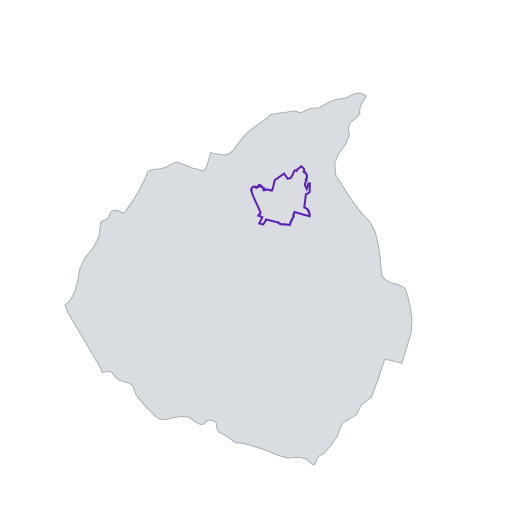 Lupane, Matabeleland North, Zimbabwe (highlighted), rotated 106°
{"feature_id": "62879985B9904230629136", "entity_name": "Lupane", "entity_type": "district", "adm_level": 2, "iso_a3": "ZWE", "parent_name": "Zimbabwe", "parent_adm1": "Matabeleland North", "projection": "orthographic", "projection_center": [27.928, -18.869], "detail": "fine", "context": "in_parent", "style": "outline", "palette": "violet", "viewbox_px": 512, "rotation_deg": 106, "n_neighbors": 0, "source": "geoboundaries", "source_scale": "gbopen_adm2", "svg_char_len": 6863}
<svg xmlns="http://www.w3.org/2000/svg" viewBox="0 0 512 512"><g transform="rotate(106 256 256)"><path d="M355.7,426.2L351.5,423.2L345.8,421.3L338.5,420.3L329.0,420.5L317.3,421.9L304.8,419.8L291.5,414.3L280.4,412.3L267.1,414.5L266.5,414.5L264.2,412.7L260.6,408.7L254.6,408.0L252.9,407.1L251.6,405.6L250.7,403.8L250.4,401.7L251.4,395.2L250.9,394.5L249.2,393.7L245.9,392.9L237.9,390.0L227.9,387.1L211.5,383.9L205.2,383.1L203.7,382.2L201.8,379.8L198.7,372.4L195.7,367.5L188.7,359.9L187.5,357.6L187.9,351.6L188.4,346.7L189.2,342.6L188.8,338.8L188.7,334.0L188.9,330.8L188.0,329.4L185.4,328.4L178.1,328.0L169.2,328.2L168.9,323.4L168.0,315.8L166.3,311.5L164.3,309.3L160.2,306.9L151.9,303.8L140.6,298.9L130.9,291.8L119.8,282.9L116.3,281.3L112.2,272.9L105.8,258.5L106.1,253.7L105.2,251.3L99.0,244.3L97.7,240.6L96.5,236.9L86.7,226.6L83.4,222.1L80.8,216.3L78.3,211.6L76.1,209.8L73.3,206.7L71.4,203.1L70.4,200.4L71.1,196.7L72.0,194.2L81.3,196.7L86.3,196.8L90.2,195.5L95.1,197.2L101.0,201.8L107.3,202.6L114.2,199.6L123.4,200.4L135.1,205.0L144.8,205.9L156.3,201.7L166.5,190.1L176.2,179.1L185.7,166.6L191.4,156.4L199.9,148.2L211.0,141.9L222.4,136.5L239.8,130.0L243.3,124.6L244.5,118.7L244.5,110.5L245.4,105.1L247.2,102.7L250.1,100.8L253.9,98.4L265.4,92.2L275.1,88.3L286.8,85.8L299.6,85.9L312.0,86.1L319.0,86.1L319.1,94.0L319.5,103.0L320.8,103.8L330.1,104.2L345.0,105.0L359.3,105.9L368.4,112.5L371.4,114.0L380.9,115.9L392.9,126.9L407.4,128.3L417.4,131.9L426.1,135.8L431.1,140.4L434.3,141.5L438.8,141.9L440.9,142.4L440.4,145.6L437.3,150.9L437.5,158.6L441.3,169.5L441.6,178.8L439.9,195.3L439.5,211.2L439.8,216.9L440.3,220.7L441.1,222.8L440.9,225.2L438.3,231.8L436.2,238.8L436.0,241.6L435.2,243.5L433.8,245.3L427.4,248.3L426.3,250.3L426.2,254.0L426.9,257.0L429.2,258.2L432.0,260.0L433.1,262.4L433.0,264.8L432.0,269.2L429.2,276.6L431.5,285.1L434.2,290.7L437.8,297.2L439.3,301.2L439.2,304.0L438.5,306.8L432.4,318.3L428.0,325.4L422.7,333.0L415.8,337.7L414.0,340.0L413.3,342.7L413.3,348.5L412.9,354.6L406.9,363.8L410.2,371.9L409.4,372.7L407.4,373.8L398.9,382.6L390.4,391.6L384.1,398.1L377.0,405.6L369.1,414.0L362.3,421.1L355.7,426.2Z" fill="#d9dde1" stroke="#a8b0b8" stroke-width="1"/><path d="M166.0,228.8L165.6,228.9L165.1,229.2L164.6,229.4L164.4,229.3L164.2,229.3L163.9,229.9L163.4,230.2L163.3,230.3L163.2,230.5L163.0,230.9L162.5,231.2L162.5,231.3L162.5,231.5L162.4,231.8L162.2,231.8L161.9,232.0L161.9,232.4L162.0,232.7L162.2,232.9L162.1,233.0L161.9,233.4L161.7,233.3L161.3,233.4L161.1,233.2L160.9,233.4L160.7,233.3L160.4,233.3L159.0,233.8L157.2,237.2L162.2,240.6L163.0,240.5L162.8,242.0L164.2,242.8L167.1,243.0L169.3,243.6L171.5,244.2L173.0,246.9L169.0,251.7L177.8,258.8L180.5,258.8L183.5,258.6L189.3,258.5L189.0,258.6L189.0,258.8L188.9,258.9L188.7,258.9L188.7,259.2L188.5,258.9L188.2,258.9L188.0,259.0L188.6,259.6L188.7,259.8L188.7,260.1L189.0,260.4L189.1,261.2L189.1,261.5L188.7,261.9L188.7,262.0L188.8,262.1L189.0,262.1L189.0,262.3L188.8,262.5L189.0,262.9L189.0,263.2L189.1,264.0L189.5,264.3L189.6,264.5L189.5,264.8L189.5,265.0L189.9,265.1L190.0,265.2L190.0,265.6L190.4,266.0L190.5,266.2L190.5,266.4L190.8,266.5L190.8,266.8L190.7,267.0L190.2,266.7L189.9,266.7L189.7,266.7L189.3,266.8L189.2,266.5L188.7,266.7L188.7,266.9L188.9,267.4L188.9,267.7L188.9,267.9L188.6,268.3L188.4,268.1L188.2,268.5L188.3,268.8L188.1,268.9L188.0,269.0L188.0,269.5L188.0,269.9L187.9,269.8L187.7,269.6L187.4,269.7L187.4,269.9L187.4,270.1L187.5,270.1L187.8,270.0L187.7,270.4L187.4,270.4L187.4,270.5L187.6,270.7L187.8,270.8L187.8,271.0L187.7,271.1L187.2,270.8L187.1,270.7L186.9,271.0L187.2,271.4L187.4,271.5L187.5,271.6L187.4,271.8L187.2,271.9L186.8,271.8L186.7,271.8L186.7,272.0L186.9,272.2L187.1,272.2L187.2,272.3L187.1,272.6L187.1,272.8L187.7,272.8L187.9,272.9L188.0,273.2L188.2,273.3L188.3,273.2L188.6,272.9L188.8,272.8L189.0,273.0L188.7,273.4L188.6,273.5L188.8,273.7L189.1,273.5L189.3,273.6L189.7,273.8L190.0,273.9L190.2,274.0L190.3,274.2L190.2,274.3L189.9,274.1L189.7,274.1L189.7,274.3L189.7,274.5L189.6,274.8L189.6,275.0L189.9,275.2L190.2,275.3L190.1,275.5L189.7,275.4L189.6,275.5L189.6,276.0L189.8,276.4L190.0,276.6L190.0,276.8L189.9,277.1L189.9,277.3L189.9,277.5L190.0,277.6L190.3,277.6L190.7,278.2L190.9,278.3L191.2,278.4L191.3,278.5L191.5,278.8L192.0,278.7L192.3,278.8L192.3,279.0L192.6,279.1L192.9,278.9L193.1,278.7L193.4,278.7L193.5,278.6L193.8,278.5L194.0,278.4L194.2,278.6L194.4,278.7L200.1,274.5L203.0,272.1L206.3,269.2L209.4,266.6L213.2,263.4L215.4,264.0L215.3,264.7L216.6,264.9L216.6,264.2L216.6,262.8L217.0,260.6L223.8,261.9L223.8,260.4L223.8,257.9L223.1,257.6L222.8,257.5L222.6,257.4L222.2,257.4L221.8,257.2L221.6,257.2L221.4,257.1L221.2,256.9L220.5,256.9L220.2,256.8L219.9,256.6L219.5,256.6L219.1,256.5L218.8,256.5L218.6,256.3L218.2,256.4L218.1,255.8L218.1,254.4L218.0,253.8L217.8,247.2L217.8,245.0L217.5,244.5L217.4,243.8L217.4,243.7L217.7,243.6L218.0,243.5L218.1,243.3L218.2,243.2L218.4,242.7L218.5,242.5L218.4,242.0L218.4,241.8L218.4,241.7L218.5,241.5L218.6,241.4L218.7,241.0L218.5,240.8L218.5,240.5L218.4,240.3L218.4,240.1L218.5,239.5L217.8,238.4L217.7,238.1L217.6,237.8L217.8,237.7L218.0,237.6L218.1,237.4L218.1,237.2L217.9,237.0L217.7,236.9L217.3,235.2L217.1,233.6L216.9,232.4L216.9,232.1L216.7,232.0L216.3,232.1L216.0,232.1L215.4,231.8L215.1,232.0L214.9,232.1L214.7,232.0L214.3,232.0L214.1,232.0L213.9,232.0L213.7,232.1L213.4,232.0L213.2,231.8L213.0,231.6L212.7,231.6L212.5,231.8L212.1,231.6L211.6,231.4L211.4,231.4L211.1,231.4L210.9,231.4L210.7,231.4L210.6,231.6L210.4,231.7L209.9,231.2L209.6,231.1L209.3,231.1L209.2,231.0L208.8,231.0L208.6,230.8L208.4,230.7L208.2,230.8L208.1,230.7L207.9,230.7L207.7,230.9L207.3,230.8L207.2,230.8L206.8,231.1L206.6,231.4L206.2,231.4L206.1,231.2L205.9,231.1L205.5,231.2L205.4,231.1L205.1,231.1L204.9,231.2L204.7,231.3L204.2,231.3L203.8,231.2L203.7,231.2L203.5,231.3L203.1,231.1L203.1,230.7L203.1,230.4L203.0,229.8L203.2,229.7L203.2,228.7L203.2,227.8L203.1,226.9L203.1,226.5L203.1,225.1L203.1,224.9L203.1,224.4L203.2,224.2L203.1,222.6L203.2,221.9L203.2,221.2L203.1,220.6L203.0,215.6L202.8,215.7L202.5,215.5L202.3,215.7L202.2,215.8L201.9,215.7L201.6,215.7L201.4,215.7L201.1,215.8L200.9,215.9L200.8,216.1L200.8,216.4L200.6,216.4L200.4,216.5L200.2,216.8L199.8,217.0L199.7,217.2L199.4,217.2L199.2,217.4L199.0,217.2L198.9,217.2L198.8,217.3L198.7,217.3L198.7,217.2L198.7,217.4L198.6,217.2L198.4,217.3L198.3,217.5L198.3,217.8L198.2,218.0L197.8,218.5L197.6,218.6L197.4,218.7L197.2,218.8L197.2,219.0L197.3,219.3L197.2,219.4L197.1,219.5L196.5,220.1L196.3,220.6L196.1,223.0L191.2,223.7L184.8,224.8L183.8,224.9L182.9,225.1L181.2,223.1L180.1,222.1L179.2,222.2L174.5,223.5L171.3,224.3L171.8,225.6L177.6,225.7L174.0,228.7L172.2,228.7L170.2,228.8L169.9,228.4L169.7,228.3L169.7,228.6L169.1,228.7L168.9,228.8L168.7,229.2L168.1,229.2L167.9,229.1L167.8,228.9L167.2,228.5L166.4,228.8L166.1,228.9L166.0,228.8Z" fill="none" stroke="#5b21b6" stroke-width="2"/></g></svg>